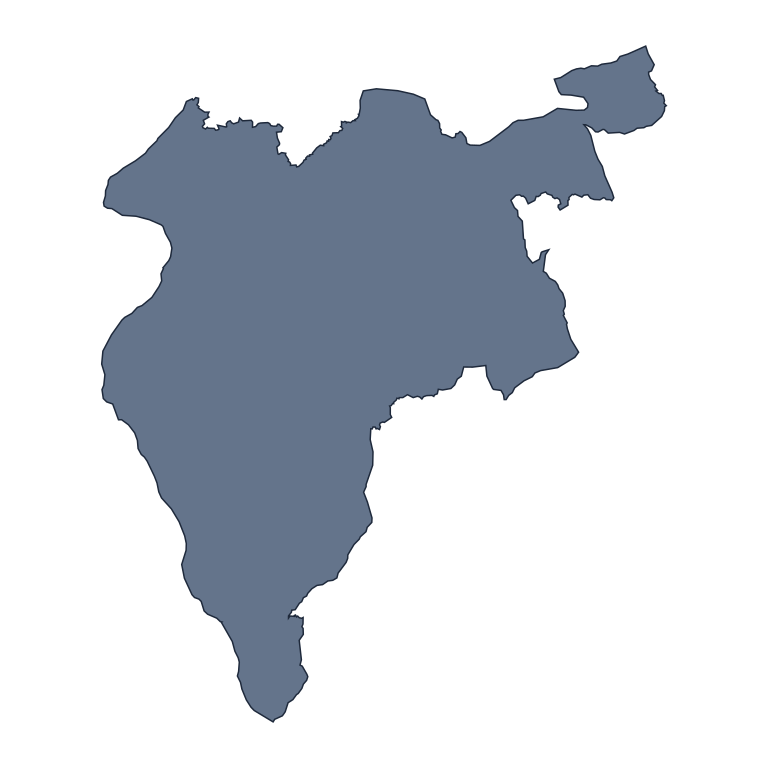 the district of Lawra, Upper West, Ghana
{"feature_id": "2480657B49975124320145", "entity_name": "Lawra", "entity_type": "district", "adm_level": 2, "iso_a3": "GHA", "parent_name": "Ghana", "parent_adm1": "Upper West", "projection": "mercator", "projection_center": [-2.802, 10.62], "detail": "fine", "context": "isolated", "style": "filled", "palette": "slate", "viewbox_px": 768, "rotation_deg": 0, "n_neighbors": 0, "source": "geoboundaries", "source_scale": "gbopen_adm2", "svg_char_len": 6091}
<svg xmlns="http://www.w3.org/2000/svg" viewBox="0 0 768 768"><path d="M567.2,322.9L563.3,315.4L564.3,314.2L563.3,310.6L565.2,306.3L565.1,300.7L562.7,293.2L559.0,288.6L557.8,285.0L555.3,281.4L549.4,278.2L546.3,273.2L543.3,271.4L545.5,254.7L548.8,249.7L542.1,251.8L541.2,252.6L539.4,259.3L532.5,263.0L527.1,256.3L526.7,251.1L525.2,247.6L524.9,239.9L523.5,238.9L522.3,221.1L518.0,216.4L517.5,210.5L514.4,207.6L510.9,200.3L515.9,195.3L519.6,194.8L521.7,196.3L523.3,196.1L525.6,198.1L528.2,203.8L534.8,200.4L536.2,196.4L538.1,196.6L540.3,195.2L541.1,193.5L545.7,192.0L547.3,193.9L552.0,195.4L552.7,197.1L554.9,198.6L557.0,197.9L559.5,199.5L560.8,203.8L558.3,205.1L558.1,207.1L560.1,210.0L568.0,205.2L567.9,200.5L569.1,199.6L568.9,197.5L572.2,194.4L573.5,194.8L575.0,194.1L581.9,197.1L583.8,195.2L587.8,194.7L590.5,198.2L594.1,199.5L600.0,199.8L603.4,197.7L604.8,198.0L606.2,199.6L610.4,199.7L611.8,200.7L613.8,197.8L612.1,192.3L604.8,175.8L602.3,166.4L598.0,159.2L594.8,151.2L590.8,135.4L587.5,128.9L583.9,124.7L585.9,124.8L591.8,127.9L595.5,131.8L598.1,132.0L602.9,129.4L604.4,129.6L608.2,133.1L619.7,132.4L624.5,134.0L633.9,130.5L637.1,128.2L643.9,127.7L646.3,126.3L651.7,125.4L661.6,116.5L664.4,110.7L664.7,106.6L666.3,105.7L663.8,103.1L664.5,100.7L663.2,95.3L662.3,95.4L661.2,93.5L658.9,93.5L655.9,91.0L657.5,90.4L654.6,86.9L655.5,84.7L650.5,79.5L648.7,74.6L648.6,72.1L651.5,70.9L654.2,64.7L648.2,53.9L645.7,46.1L627.7,54.1L620.0,56.5L616.8,61.0L610.8,63.0L601.8,64.2L597.7,66.1L591.4,65.8L584.4,68.8L580.9,68.2L576.5,68.9L571.8,70.6L560.7,77.6L554.3,79.2L558.9,91.7L561.3,94.6L571.1,95.1L583.6,97.2L588.0,103.6L587.5,107.5L584.2,110.1L576.1,110.3L557.5,108.4L543.2,116.8L523.5,120.3L518.1,120.3L513.0,122.7L508.8,126.8L489.5,141.4L479.9,145.4L470.2,145.1L466.9,143.5L465.9,137.8L461.8,132.4L460.0,131.5L458.1,133.5L455.9,133.7L455.2,137.1L452.1,137.9L445.6,134.8L441.9,134.3L440.6,131.2L441.2,130.0L439.7,128.0L439.6,123.7L437.9,120.4L436.0,119.7L430.5,114.8L424.8,99.0L413.4,94.2L397.7,90.7L376.4,88.8L363.3,90.9L360.1,100.4L360.3,108.2L359.2,114.1L358.4,114.3L359.0,115.6L357.4,118.3L354.8,119.7L355.3,120.6L352.9,120.7L350.7,122.6L347.9,122.1L346.4,122.8L346.4,122.0L344.9,121.4L343.3,122.2L341.5,121.6L341.6,126.1L340.7,126.6L342.7,128.4L341.8,130.4L339.9,130.6L338.4,132.7L332.9,132.9L331.9,135.7L330.1,136.5L331.0,138.2L330.4,139.6L328.7,139.5L328.6,141.2L327.2,140.9L326.5,142.8L323.6,144.3L323.7,145.7L320.3,145.2L316.7,147.9L312.5,153.1L312.7,154.2L309.5,154.9L309.6,156.1L307.5,156.1L305.7,158.2L306.2,159.2L304.0,160.2L303.0,162.4L298.7,166.4L296.7,166.9L296.0,165.0L290.4,165.4L290.6,163.7L289.6,162.0L288.1,161.5L288.6,159.8L285.4,154.9L285.8,153.3L281.6,152.6L278.9,154.3L278.0,153.9L276.8,147.1L279.4,144.7L279.6,143.2L277.4,138.1L276.5,132.2L281.3,131.7L282.9,127.7L279.1,124.3L277.6,124.3L276.6,126.1L273.6,126.2L270.8,125.6L269.7,123.6L267.8,122.6L260.5,123.0L258.3,123.6L255.6,126.6L252.5,127.3L252.6,122.1L251.2,120.3L242.6,120.8L239.6,118.0L238.5,122.1L233.7,123.8L231.7,122.8L230.2,120.8L227.9,121.6L226.3,123.8L226.7,126.7L226.0,127.0L217.5,125.2L218.9,128.4L218.8,129.4L217.3,130.0L215.6,130.2L214.3,128.4L208.2,128.2L207.3,127.3L205.6,129.0L202.9,127.7L202.4,126.3L204.6,123.9L203.3,120.3L208.9,117.1L208.0,116.5L207.9,114.3L209.0,112.1L204.7,112.2L198.3,107.9L199.0,106.6L196.9,104.8L198.3,102.5L198.6,98.3L195.7,97.6L193.8,99.9L192.9,100.0L192.3,98.8L186.4,101.5L183.2,110.0L175.4,117.7L168.7,127.5L157.9,138.4L156.9,140.8L148.4,149.0L145.5,153.2L135.5,160.8L123.2,168.2L117.3,173.3L110.5,177.1L108.4,180.3L108.0,184.5L105.6,190.6L105.4,196.0L103.5,202.4L104.1,206.1L107.5,208.2L111.9,208.6L122.3,215.3L135.9,216.2L149.4,219.7L161.3,224.9L163.0,226.4L165.5,233.5L170.4,242.2L171.9,248.1L170.6,256.7L168.8,260.6L162.9,267.8L163.4,268.6L161.0,273.8L161.7,280.9L159.0,286.6L151.9,297.4L142.0,305.6L137.4,307.4L131.9,313.4L124.7,317.4L121.9,320.1L111.5,334.8L102.9,351.1L101.7,364.1L104.9,374.7L103.8,385.3L102.0,389.6L103.3,398.5L106.7,401.9L112.7,404.0L118.5,419.8L121.6,419.7L128.5,424.8L134.7,432.9L137.4,440.4L138.1,448.6L141.3,454.5L144.4,457.1L147.2,461.2L154.4,476.2L157.0,482.9L158.8,491.9L161.5,497.9L171.4,508.9L179.1,521.7L184.7,535.9L186.3,543.5L186.1,550.3L181.7,564.5L184.4,578.2L192.0,594.7L194.5,597.5L198.9,599.1L201.2,601.4L204.1,610.9L207.6,614.2L216.8,618.2L220.3,621.6L221.9,622.0L221.4,622.4L232.3,641.5L234.9,651.2L238.2,657.8L239.3,662.1L238.6,671.5L237.4,676.0L240.5,682.4L241.9,689.0L246.3,699.8L251.0,707.2L254.2,710.5L273.1,721.9L274.7,719.3L282.4,715.8L285.2,711.8L288.1,702.7L292.9,699.6L296.5,694.6L298.2,693.5L301.9,688.4L303.4,684.1L306.6,680.4L307.8,676.7L306.9,674.3L302.2,666.1L300.0,665.1L301.4,659.8L299.2,640.3L303.3,634.4L303.1,628.4L301.9,626.7L303.0,624.0L303.1,617.5L301.6,618.3L299.2,617.7L297.7,616.1L296.6,616.9L295.5,615.0L294.3,615.5L294.5,616.4L290.0,616.0L288.5,618.1L288.5,615.9L291.4,612.3L291.7,610.2L295.2,609.7L299.4,603.2L301.7,601.7L303.4,597.7L306.6,596.0L307.7,593.4L311.9,588.7L317.0,585.4L322.6,584.6L327.8,581.0L332.8,580.3L336.9,577.9L338.1,573.1L346.1,562.4L347.7,558.4L347.8,554.9L354.0,544.5L359.2,539.2L360.3,536.8L366.0,531.7L367.2,527.3L371.8,522.4L372.0,517.9L367.4,502.0L363.6,492.2L366.1,486.7L366.1,484.4L372.7,465.2L373.0,451.9L370.2,439.6L370.8,428.7L372.2,428.9L373.0,427.0L375.2,427.1L376.1,428.9L377.1,428.4L379.5,429.5L380.4,426.6L379.5,424.9L380.2,423.0L382.8,422.0L384.4,422.4L391.7,417.4L390.3,414.6L390.3,407.6L389.6,406.0L391.2,405.6L392.6,403.6L393.7,403.7L393.6,402.4L396.2,400.1L396.9,398.2L399.0,398.8L399.2,397.6L402.8,397.6L407.5,394.7L413.2,397.6L417.3,396.3L419.6,396.9L421.9,399.0L423.5,396.7L426.6,395.6L432.0,395.4L433.8,396.4L434.5,394.9L437.3,393.8L438.3,389.3L442.6,390.0L450.9,388.5L454.7,384.9L457.3,379.1L461.3,376.2L463.7,367.0L472.7,367.1L485.8,365.5L486.9,376.1L492.6,388.4L493.6,389.4L501.0,390.4L503.5,394.8L504.2,399.6L506.1,399.6L508.7,395.4L512.3,392.6L514.7,387.8L524.0,380.8L532.3,376.7L534.9,373.0L540.6,370.6L557.7,367.6L574.9,357.2L578.6,352.2L570.8,339.3L567.4,328.9L566.5,324.2L567.2,322.9Z" fill="#64748b" stroke="#1e293b" stroke-width="1.5"/></svg>